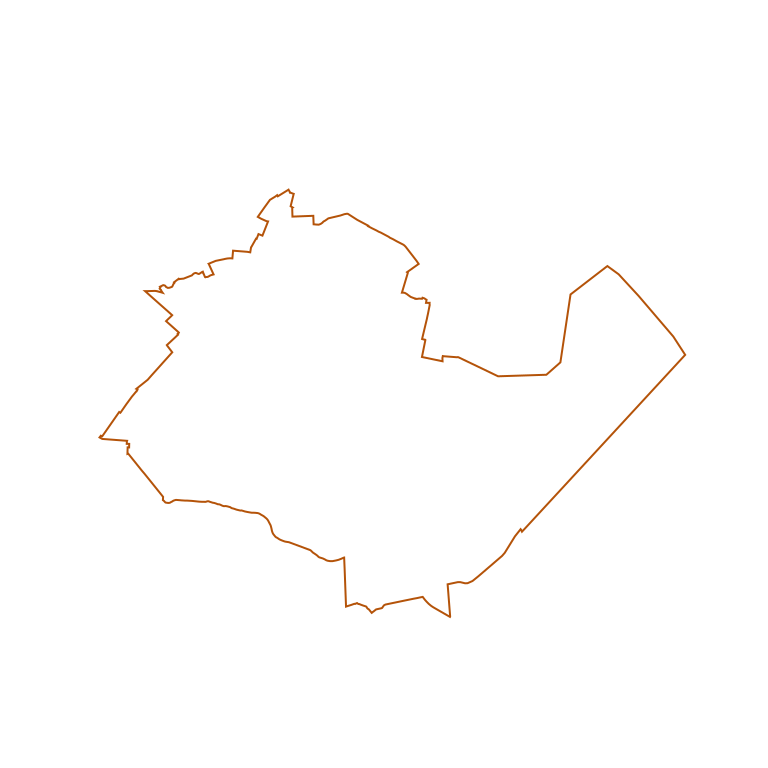 Oldambt, Groningen, Netherlands (Albers equal-area conic projection), rotated 51°
{"feature_id": "6326949B72784129724607", "entity_name": "Oldambt", "entity_type": "district", "adm_level": 2, "iso_a3": "NLD", "parent_name": "Netherlands", "parent_adm1": "Groningen", "projection": "albers", "projection_center": [7.028, 53.222], "detail": "fine", "context": "isolated", "style": "outline", "palette": "amber", "viewbox_px": 768, "rotation_deg": 51, "n_neighbors": 0, "source": "geoboundaries", "source_scale": "gbopen_adm2", "svg_char_len": 5985}
<svg xmlns="http://www.w3.org/2000/svg" viewBox="0 0 768 768"><g transform="rotate(51 384 384)"><path d="M335.1,628.9L336.1,628.6L338.1,628.5L338.6,628.4L339.0,628.1L340.4,626.8L340.6,626.6L340.9,626.2L341.3,625.6L341.4,625.4L341.6,624.9L341.7,623.9L342.0,622.7L342.1,621.4L342.2,620.9L342.7,619.6L343.0,618.9L343.1,618.7L343.9,617.8L346.2,615.4L346.9,614.7L348.0,613.5L349.5,611.9L350.8,610.3L354.1,606.7L359.0,601.8L360.9,599.7L362.5,597.7L363.0,597.3L363.1,597.1L363.5,596.4L363.9,595.3L364.1,594.9L364.6,594.3L364.8,594.1L365.9,593.5L368.5,591.8L369.6,590.8L371.1,589.8L372.9,588.8L373.8,587.8L374.4,587.4L375.2,587.0L376.9,586.2L377.8,585.6L378.1,585.4L378.4,585.0L379.2,583.9L379.6,583.5L380.7,582.6L382.1,581.6L382.6,581.3L382.8,581.1L384.6,580.5L385.4,579.9L386.5,579.1L388.3,578.0L388.8,577.7L391.8,575.4L392.0,575.2L392.5,574.4L392.8,574.2L393.3,573.8L394.5,573.0L395.4,572.4L397.5,570.7L399.8,568.7L400.8,567.8L402.1,566.2L403.2,565.0L404.8,563.4L405.8,562.7L406.3,562.5L406.9,562.2L408.2,561.8L409.9,561.1L411.0,560.7L412.5,560.4L414.5,560.0L415.9,559.9L417.2,560.0L419.1,560.4L420.6,560.7L422.2,561.0L422.8,561.2L424.2,561.8L425.7,562.5L427.4,563.4L428.4,563.8L429.4,564.2L431.0,564.5L431.5,564.5L433.6,564.5L434.4,564.5L434.7,564.4L435.3,564.3L436.3,563.8L438.4,563.2L439.4,562.8L440.4,562.3L441.5,561.7L442.7,561.0L443.7,560.4L444.5,559.8L445.3,559.1L446.5,558.0L447.2,557.4L466.8,545.8L467.7,545.6L468.8,545.5L470.4,545.3L471.0,545.1L471.9,544.8L474.3,544.1L475.7,543.8L477.0,543.7L477.7,543.5L478.4,543.1L479.9,542.1L481.1,541.3L483.2,540.3L484.4,539.9L485.3,539.4L485.9,539.0L487.5,537.6L488.7,536.2L489.3,535.4L490.8,532.6L491.7,530.7L492.1,529.8L492.6,528.2L492.9,527.3L493.6,524.6L493.8,524.2L502.7,530.8L533.1,553.6L533.5,552.5L534.0,551.2L535.0,548.7L536.1,545.6L536.3,545.2L536.7,544.9L536.8,544.7L537.1,543.2L537.3,542.9L537.5,543.0L537.7,542.8L538.9,542.3L539.1,542.1L539.7,541.5L540.4,541.2L541.6,540.5L543.1,539.6L545.1,538.3L545.8,537.9L546.2,537.9L547.8,538.1L548.1,538.1L548.5,538.0L549.6,537.6L554.1,537.6L554.1,536.5L554.1,536.1L554.2,535.5L554.2,532.0L554.9,530.6L555.8,528.8L555.9,528.6L556.6,527.2L556.7,526.8L556.8,526.6L556.8,526.2L556.7,525.9L556.1,523.8L556.0,523.3L556.0,523.1L556.1,522.7L556.3,521.7L556.5,521.3L565.2,504.4L569.1,496.9L569.4,496.3L571.2,493.0L572.3,490.8L573.8,487.9L576.8,488.0L577.9,488.0L579.9,487.9L580.9,487.8L583.0,487.6L584.0,487.4L586.0,487.0L588.0,486.4L589.9,485.7L606.5,479.3L606.3,478.9L579.7,460.6L584.4,451.4L586.0,449.4L589.9,446.4L591.4,444.4L592.8,439.2L592.8,431.9L591.9,400.4L591.2,396.4L584.8,378.1L583.0,370.0L582.8,369.2L583.7,369.2L584.8,369.5L585.6,369.7L585.4,368.3L585.2,366.7L567.4,244.6L550.9,131.6L529.2,129.3L475.7,130.7L446.4,132.6L432.9,136.2L431.8,182.7L478.2,233.3L479.0,252.0L449.8,290.5L409.9,309.4L409.3,310.1L409.2,310.4L400.2,319.9L399.3,320.7L400.6,322.3L400.9,322.5L403.2,324.2L386.9,337.5L375.8,324.1L375.7,324.1L375.4,324.2L374.3,325.2L373.3,325.9L373.0,326.1L360.3,309.6L359.9,309.1L359.7,308.9L356.9,305.4L351.4,298.8L349.9,297.8L349.6,297.5L347.4,300.3L345.3,297.9L344.7,298.2L342.9,298.7L342.3,299.1L341.2,299.8L341.7,300.8L339.6,303.1L339.5,303.3L339.2,303.9L338.9,304.4L338.2,305.4L337.6,306.0L337.4,305.8L336.3,306.6L335.8,306.9L334.6,307.6L333.0,308.5L331.7,308.8L330.8,309.1L328.6,309.6L328.0,309.8L326.3,310.5L325.9,310.8L325.7,311.0L325.3,311.4L324.3,312.6L312.6,295.5L311.6,295.7L312.5,281.5L308.6,281.2L291.1,280.8L289.9,280.9L289.1,281.0L288.2,281.2L287.2,281.6L281.1,284.3L277.3,285.8L273.9,287.4L272.6,287.7L264.1,291.3L262.3,292.3L260.0,293.2L255.5,295.3L251.5,297.0L251.3,297.1L251.1,296.6L239.6,301.5L229.3,304.9L228.9,305.1L228.4,305.6L228.1,306.1L227.1,307.9L225.6,311.9L220.3,322.9L220.2,323.4L220.2,324.1L220.0,326.9L219.7,328.6L219.7,329.2L219.9,330.3L219.8,332.0L219.6,333.0L219.2,334.2L219.0,334.6L218.6,335.0L218.1,335.6L215.6,338.2L208.8,333.1L196.3,349.8L189.2,344.4L189.3,343.9L187.1,344.7L179.4,334.5L179.0,334.8L176.4,336.3L176.3,336.6L175.9,336.5L175.6,336.5L175.1,336.2L174.9,336.2L173.7,336.1L172.9,335.9L171.3,348.4L170.0,348.2L170.0,348.5L169.9,350.7L169.1,356.7L171.6,366.0L174.7,376.9L178.2,375.5L183.0,373.1L183.7,372.7L184.7,371.8L192.2,385.1L188.5,387.2L191.0,391.6L190.5,391.9L194.1,401.0L194.1,401.3L197.5,405.1L195.2,407.1L185.4,417.4L191.0,422.8L189.8,424.1L189.5,424.4L187.9,426.7L186.6,429.1L186.4,429.6L182.4,437.3L180.2,444.6L180.3,444.6L191.6,447.5L190.8,449.3L190.5,450.1L190.3,450.8L190.2,451.4L190.0,452.9L189.8,453.5L189.7,453.8L189.5,454.1L188.8,455.1L188.6,455.7L188.2,455.8L183.5,454.4L183.5,454.5L182.7,454.1L182.5,454.6L182.2,457.6L182.1,458.3L182.0,458.5L181.9,458.7L181.6,459.0L179.6,460.1L179.2,460.4L178.9,461.0L178.8,461.3L178.6,461.7L178.5,462.2L178.5,463.1L178.5,463.8L178.6,464.2L178.7,464.9L176.0,473.4L173.5,477.2L173.5,477.3L173.0,477.3L172.8,483.2L173.5,483.2L173.8,484.7L175.0,487.2L175.0,487.4L175.0,487.8L174.2,490.1L173.3,491.5L172.8,491.7L171.5,492.3L171.4,492.3L170.0,492.2L169.3,492.5L168.4,493.2L168.2,493.4L168.2,493.5L167.5,496.5L167.8,496.4L167.8,496.5L168.0,496.6L168.2,497.1L168.2,497.4L168.2,497.5L168.6,498.3L169.0,498.4L169.9,498.2L170.5,498.1L170.8,498.2L170.6,498.3L171.2,498.3L172.1,498.5L173.8,498.6L171.6,500.1L170.9,500.6L171.0,500.6L168.7,502.3L167.5,503.4L162.5,510.0L161.5,511.2L168.4,510.1L197.2,505.3L197.4,506.8L197.8,511.9L197.9,512.8L198.0,513.8L214.5,511.1L215.0,511.1L215.1,511.4L215.1,512.6L215.2,512.9L215.2,513.0L215.4,513.1L216.1,513.1L216.2,515.0L216.4,517.5L217.1,528.3L218.2,528.4L226.1,528.6L231.0,559.2L232.0,565.0L231.9,579.5L233.1,578.9L233.5,579.6L233.6,579.8L233.8,580.4L233.7,580.4L235.2,588.0L237.6,597.1L240.3,606.4L240.3,606.6L240.4,607.0L239.1,607.4L247.3,635.8L247.3,636.0L247.2,636.1L246.0,636.6L246.5,638.7L249.2,637.6L249.4,637.5L266.4,619.5L266.5,619.7L266.8,619.9L268.6,621.6L270.2,619.7L272.9,622.0L271.9,623.1L276.9,627.4L277.2,626.6L298.8,626.7L303.0,626.6L306.6,626.6L332.7,626.7L335.1,628.9Z" fill="none" stroke="#b45309" stroke-width="2"/></g></svg>